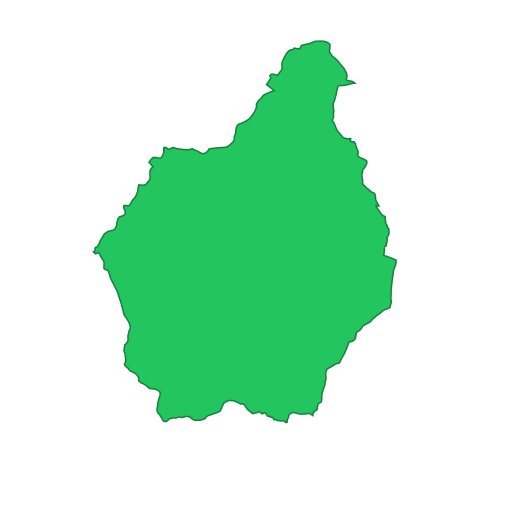 outline of Colti, Buzau, Romania, rotated 243°
{"feature_id": "2599482B71192083628389", "entity_name": "Colti", "entity_type": "district", "adm_level": 2, "iso_a3": "ROU", "parent_name": "Romania", "parent_adm1": "Buzau", "projection": "natural_earth1", "projection_center": [26.399, 45.4], "detail": "fine", "context": "isolated", "style": "filled", "palette": "green", "viewbox_px": 512, "rotation_deg": 243, "n_neighbors": 0, "source": "geoboundaries", "source_scale": "gbopen_adm2", "svg_char_len": 6095}
<svg xmlns="http://www.w3.org/2000/svg" viewBox="0 0 512 512"><g transform="rotate(243 256 256)"><path d="M365.1,422.5L367.3,421.4L368.0,420.8L368.9,419.8L370.3,417.7L371.0,416.9L371.6,416.7L373.3,417.1L373.9,418.1L374.9,418.7L376.2,419.2L378.0,419.6L382.8,419.6L392.7,417.4L395.5,416.5L400.0,414.5L403.2,414.2L404.6,414.3L405.8,414.7L407.7,416.3L410.8,417.9L411.5,417.8L412.9,417.2L414.6,416.0L416.9,413.4L419.8,407.7L420.6,405.6L420.7,401.8L422.9,392.3L422.8,391.8L421.1,389.7L421.1,388.6L422.5,386.1L423.9,384.3L423.2,382.7L423.6,381.0L424.0,379.9L423.9,378.4L422.8,375.4L419.5,370.6L416.9,367.3L413.7,365.4L411.5,364.7L410.0,363.0L409.0,360.7L407.1,357.2L409.5,354.9L410.4,353.6L411.0,352.0L410.3,350.1L408.2,350.1L407.1,348.9L404.0,343.2L395.0,347.3L395.5,343.9L395.9,339.2L395.9,335.5L394.1,331.9L393.5,329.1L391.2,325.3L388.7,324.2L386.4,321.8L384.9,319.8L381.9,314.1L381.1,311.4L380.7,307.5L380.9,302.6L381.3,300.4L381.2,299.5L380.5,298.2L379.6,297.0L377.5,295.3L374.4,293.5L374.3,293.1L373.2,292.1L372.5,291.0L369.7,289.6L368.0,287.4L366.6,281.9L366.4,279.0L369.6,271.4L372.6,263.3L372.5,262.3L372.0,262.0L371.6,261.1L371.0,259.5L370.7,258.1L370.8,256.7L371.1,255.6L372.0,254.3L373.3,253.1L375.4,251.9L380.4,248.0L381.6,243.2L386.7,235.3L389.9,231.7L390.5,230.6L390.4,227.4L391.1,226.4L393.5,225.0L394.5,223.3L394.2,222.9L393.6,222.5L391.1,221.4L389.5,220.1L388.0,218.6L386.6,216.2L386.6,215.0L387.9,213.0L389.8,210.7L390.5,208.8L389.1,205.0L387.9,203.1L385.8,203.9L384.5,204.0L382.6,204.9L382.3,204.5L381.6,202.4L380.9,201.5L380.7,200.8L379.2,199.7L373.3,196.9L372.5,196.2L371.6,194.7L370.9,192.8L369.9,190.7L369.8,190.0L369.9,189.1L370.4,187.5L372.6,183.7L367.3,179.9L363.7,175.9L363.1,174.7L361.8,171.2L358.9,167.0L358.6,165.6L358.9,164.4L360.4,162.6L360.7,161.6L360.7,160.8L359.0,160.0L355.3,159.7L353.8,159.1L352.8,158.2L352.4,157.1L352.3,155.7L352.8,152.2L352.6,151.3L352.1,150.3L348.5,146.9L346.5,145.7L344.2,142.8L343.8,140.3L345.1,135.3L344.6,131.8L344.7,131.2L339.6,123.1L338.0,121.9L336.1,118.0L336.5,117.0L335.9,116.1L333.5,114.7L333.2,113.8L333.4,113.0L332.0,113.5L330.9,114.0L330.6,114.6L330.6,116.7L329.9,117.6L325.7,117.4L320.2,118.0L318.4,117.3L314.9,115.3L313.9,114.9L313.3,115.0L310.5,117.3L309.7,117.6L301.8,116.3L287.4,116.3L274.1,114.2L267.1,112.6L263.0,111.8L257.9,112.5L255.2,112.6L253.2,112.5L249.7,111.8L248.3,110.9L247.3,109.3L242.7,105.4L241.7,105.1L238.6,103.5L237.0,101.0L236.4,98.7L233.5,96.8L232.1,95.5L228.1,94.8L223.5,93.2L221.8,92.3L220.3,91.0L219.1,89.5L217.1,89.6L214.5,90.8L210.8,91.7L206.7,94.8L204.8,95.7L202.2,96.2L200.4,96.0L198.4,94.9L197.4,95.0L195.6,95.7L192.5,98.2L190.7,99.2L186.4,100.9L183.3,105.5L181.8,107.0L179.6,108.3L177.7,108.5L176.4,107.9L174.8,106.7L172.9,104.7L168.9,101.2L167.5,100.5L164.4,98.1L161.6,97.3L160.6,97.4L158.5,98.1L157.7,98.2L156.5,98.0L154.4,98.6L151.9,98.3L150.7,98.8L149.8,99.7L149.3,100.6L149.6,103.1L150.2,103.7L149.9,106.7L149.0,109.7L148.1,110.8L147.7,112.7L147.7,114.0L147.2,115.0L146.0,116.2L145.4,117.7L144.9,120.9L142.9,123.8L140.4,124.8L137.7,126.5L136.5,128.5L134.9,132.2L134.4,134.6L134.2,136.6L135.2,138.5L135.5,141.1L135.1,142.9L134.8,146.5L134.3,148.8L134.0,153.2L135.4,155.5L137.4,157.8L139.5,160.5L139.7,162.6L139.7,165.6L139.1,167.2L137.4,170.1L134.2,172.9L130.9,175.3L130.5,176.8L128.9,178.1L123.7,178.6L120.1,180.0L119.7,180.5L117.9,180.9L117.4,181.3L116.9,181.9L116.7,182.5L116.7,183.8L116.1,185.0L115.8,188.2L115.0,188.8L114.1,189.0L112.7,189.7L112.4,190.3L112.6,191.6L112.5,192.3L111.7,193.2L109.5,193.4L109.2,193.7L108.4,193.6L107.9,193.8L106.8,195.4L106.2,195.5L105.8,195.8L105.6,196.4L104.6,197.5L104.0,197.7L102.8,197.5L102.2,197.6L101.6,198.1L101.2,199.3L99.4,200.6L99.1,201.6L98.0,202.8L96.8,205.2L96.5,206.2L95.7,206.7L94.8,206.6L94.4,206.7L93.9,207.2L93.7,208.2L96.3,209.8L97.2,211.5L98.8,212.6L99.4,213.4L99.9,215.1L100.0,216.5L99.9,217.6L98.3,219.9L96.8,221.4L95.0,223.8L93.5,226.7L91.6,231.8L90.5,232.9L88.0,234.2L89.5,235.1L91.0,237.3L91.1,238.4L91.1,239.5L91.2,240.3L92.0,241.3L95.1,243.2L96.0,244.3L96.3,247.5L96.9,248.4L98.1,249.3L102.8,251.8L107.8,256.5L109.2,258.2L112.8,260.8L114.8,262.6L120.4,265.1L122.7,267.6L123.1,268.9L123.1,271.9L123.6,277.6L123.5,278.9L123.1,280.2L122.9,281.7L123.4,282.7L125.4,285.1L128.5,289.8L129.6,291.3L133.7,296.2L136.0,298.4L136.7,299.4L136.9,300.2L136.8,301.5L136.5,302.0L136.3,303.3L136.4,304.7L136.7,305.7L137.4,307.1L141.3,310.1L142.2,310.9L142.5,311.7L142.6,314.1L143.1,316.1L145.1,319.5L145.3,321.1L145.3,326.3L145.5,327.8L146.0,329.4L146.6,330.5L148.0,335.9L148.7,340.5L149.5,344.0L149.7,345.9L149.4,349.4L149.1,351.0L149.4,352.0L154.0,356.1L156.7,356.7L160.3,358.9L163.4,360.4L172.1,366.0L179.1,370.9L181.2,372.4L182.1,373.6L185.0,376.5L187.1,378.2L188.7,378.9L191.3,376.9L195.9,372.8L198.6,369.9L199.1,370.3L199.4,370.8L200.3,371.2L200.8,371.7L202.6,373.0L205.1,374.0L205.7,374.7L206.1,375.7L205.9,376.4L206.5,377.0L208.0,377.6L208.2,377.8L208.0,378.3L209.2,379.0L211.4,380.7L213.1,380.9L213.5,382.2L214.2,383.0L215.1,384.2L215.8,384.8L219.2,386.4L220.5,386.7L221.4,386.1L222.0,386.0L223.5,386.7L223.9,386.5L224.4,386.6L226.6,386.4L228.0,387.3L228.6,387.3L230.6,388.1L231.5,388.3L232.5,389.0L233.7,388.0L235.5,386.9L245.4,385.5L246.5,386.0L244.6,388.1L245.7,388.3L250.2,388.0L253.2,388.6L255.2,389.7L257.9,390.1L260.8,387.8L264.9,386.2L266.4,385.3L268.8,384.7L270.3,384.1L271.7,384.0L271.8,383.7L275.3,385.5L278.0,386.3L278.8,386.4L280.0,387.1L280.7,387.3L282.2,388.8L284.4,390.4L284.9,391.2L285.3,392.8L287.5,396.1L289.5,397.6L290.7,397.7L291.3,397.5L292.6,396.3L293.9,395.7L295.5,394.0L298.6,392.2L299.7,392.3L301.4,393.8L303.2,394.5L307.0,394.7L308.4,395.1L310.1,395.2L311.2,395.7L311.8,395.0L313.2,395.4L313.6,394.8L313.9,393.7L315.0,392.5L316.2,392.3L316.8,393.3L317.7,393.7L318.5,391.6L318.7,390.6L319.7,389.9L320.5,388.5L322.9,387.0L325.3,386.7L330.9,385.3L332.3,385.3L339.4,385.9L342.2,385.4L344.6,388.3L347.5,389.5L350.6,391.6L352.3,391.8L356.8,394.0L358.8,396.4L364.3,401.4L367.1,403.4L370.1,406.1L370.0,407.5L368.0,412.0L366.5,417.7L366.3,419.2L365.1,422.5Z" fill="#22c55e" stroke="#15803d" stroke-width="1.5"/></g></svg>